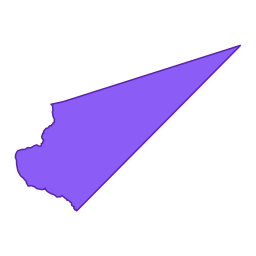 the district of Elechui, Palau
{"feature_id": "81905179B66234991007705", "entity_name": "Elechui", "entity_type": "district", "adm_level": 2, "iso_a3": "PLW", "parent_name": "Palau", "parent_adm1": "", "projection": "natural_earth1", "projection_center": [134.481, 7.438], "detail": "fine", "context": "isolated", "style": "filled", "palette": "violet", "viewbox_px": 256, "rotation_deg": 0, "n_neighbors": 0, "source": "geoboundaries", "source_scale": "gbopen_adm2", "svg_char_len": 1166}
<svg xmlns="http://www.w3.org/2000/svg" viewBox="0 0 256 256"><path d="M51.2,104.3L52.7,106.2L52.9,110.2L52.4,111.9L53.1,116.6L54.1,118.4L54.5,120.1L54.2,120.7L54.4,122.1L53.0,123.1L52.6,124.2L51.8,124.7L51.2,125.8L49.6,125.9L48.9,126.6L48.2,127.6L47.3,128.3L46.1,128.3L43.8,131.0L43.3,132.6L43.7,132.8L43.4,133.6L42.7,133.7L41.8,136.6L42.1,138.5L43.8,140.0L43.3,140.6L42.4,143.3L41.4,143.5L41.3,145.8L39.7,146.4L38.8,146.0L36.8,144.9L34.3,145.7L30.5,147.9L27.9,147.6L26.7,148.1L25.3,149.4L22.1,149.4L18.9,150.4L17.7,150.8L16.6,152.5L15.6,154.6L15.4,157.4L16.5,160.2L16.6,164.2L17.5,169.1L18.2,171.6L19.5,174.0L20.8,176.0L23.3,178.1L25.2,180.4L26.5,181.5L26.3,182.7L27.1,184.1L28.2,186.0L29.6,186.0L31.0,185.6L34.9,186.9L36.5,188.5L40.2,189.3L41.8,189.6L44.1,189.2L45.3,188.3L45.5,189.5L47.6,191.7L49.2,192.6L51.3,193.8L53.4,194.4L54.6,195.0L55.5,195.7L56.6,196.9L60.5,196.8L61.7,195.6L63.4,196.7L65.3,198.3L66.4,199.0L66.9,200.1L68.7,200.3L70.4,202.2L71.4,202.7L71.8,205.3L73.0,206.2L74.2,206.6L73.8,207.4L74.1,208.8L74.6,209.3L75.3,210.1L75.9,209.6L76.8,210.7L239.7,46.2L240.6,45.3L63.0,101.7L51.2,104.3Z" fill="#8b5cf6" stroke="#5b21b6" stroke-width="1.5"/></svg>